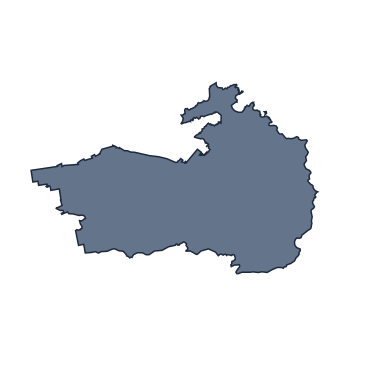 Wellington City, Wellington, New Zealand (orthographic projection), rotated 231°
{"feature_id": "76426892B25406189221199", "entity_name": "Wellington City", "entity_type": "district", "adm_level": 2, "iso_a3": "NZL", "parent_name": "New Zealand", "parent_adm1": "Wellington", "projection": "orthographic", "projection_center": [174.755, -41.253], "detail": "fine", "context": "isolated", "style": "filled", "palette": "slate", "viewbox_px": 384, "rotation_deg": 231, "n_neighbors": 0, "source": "geoboundaries", "source_scale": "gbopen_adm2", "svg_char_len": 6066}
<svg xmlns="http://www.w3.org/2000/svg" viewBox="0 0 384 384"><g transform="rotate(231 192 192)"><path d="M211.8,70.7L208.0,76.2L206.5,79.3L203.4,80.9L202.8,83.9L199.3,88.8L197.8,94.1L196.6,96.1L192.2,98.3L189.3,101.2L185.9,101.6L183.0,101.1L182.2,101.9L179.9,102.2L179.6,103.8L178.9,104.2L180.1,107.0L179.1,111.5L175.8,115.3L172.1,116.9L170.3,119.1L169.7,125.8L165.5,132.0L164.2,139.3L161.1,145.5L161.6,146.5L161.3,147.1L160.8,147.7L160.0,147.3L158.8,148.6L159.3,149.2L158.3,154.4L155.4,155.2L154.3,153.8L151.4,153.6L150.0,152.4L150.3,150.7L149.8,150.2L147.0,153.7L140.8,156.1L140.2,157.3L140.5,161.9L137.4,169.0L130.4,172.5L126.0,172.3L125.9,174.9L125.1,175.8L123.3,176.5L123.2,177.9L122.3,179.0L121.0,178.9L121.1,179.5L120.2,181.0L117.7,182.8L117.8,184.2L116.7,185.2L114.5,184.7L112.5,183.3L112.3,180.8L112.9,179.7L112.6,178.8L111.3,178.0L110.8,176.2L109.3,175.6L108.4,179.6L107.5,180.1L105.9,182.9L105.3,183.0L103.8,181.8L103.2,178.6L102.1,175.7L100.3,175.5L99.3,176.8L98.3,180.2L93.2,186.5L91.5,189.2L87.7,192.9L86.0,196.1L82.2,199.8L81.2,205.6L79.6,211.0L76.7,214.3L75.3,215.0L75.7,216.3L74.8,218.4L75.7,219.8L74.3,223.8L73.9,228.3L75.3,231.2L75.6,234.3L76.3,236.1L77.8,237.2L78.2,239.1L79.6,240.2L82.8,238.4L85.9,238.4L88.8,240.3L90.2,242.8L90.2,244.7L88.5,246.2L87.9,248.0L89.3,250.3L89.2,258.2L88.8,260.8L89.1,261.7L92.3,265.5L94.3,266.5L97.1,269.8L102.4,272.5L103.1,273.9L102.8,276.0L103.5,277.9L107.3,278.7L108.9,279.8L108.9,281.0L110.6,283.2L109.9,284.3L110.2,285.1L112.1,285.2L112.9,286.7L112.9,287.7L113.4,288.3L113.0,289.8L115.6,288.5L118.8,288.7L121.0,290.0L123.3,289.1L127.3,288.8L128.3,289.7L128.1,291.5L131.3,293.4L132.0,296.4L133.1,296.9L135.1,296.8L138.4,295.2L141.8,295.9L143.3,296.9L144.3,300.6L147.9,302.5L148.6,305.4L149.8,307.4L154.6,307.9L157.5,309.1L158.9,313.2L159.4,313.8L160.5,313.8L163.5,309.3L166.5,308.2L167.5,309.0L169.1,308.2L169.8,304.8L171.3,302.2L173.1,300.7L173.7,299.3L175.1,298.7L180.4,298.7L181.6,296.9L182.7,296.4L186.7,296.8L188.2,298.8L190.4,298.9L192.4,297.4L194.6,294.1L195.4,293.9L196.2,294.3L196.9,295.9L196.0,297.4L196.1,298.2L197.9,298.0L198.5,298.5L201.0,298.1L200.7,298.8L201.5,298.8L204.0,297.7L205.8,294.0L207.1,292.9L208.6,293.0L208.6,294.0L209.7,293.8L210.1,294.4L212.2,295.4L213.9,294.1L214.7,294.2L215.6,292.5L217.5,291.3L219.4,292.3L220.0,293.9L220.0,295.3L220.3,294.7L221.2,295.5L222.1,295.3L222.9,296.4L223.6,295.4L223.7,293.2L222.7,290.2L224.7,289.4L224.3,288.2L224.8,287.0L223.9,286.5L224.2,285.6L223.2,284.5L222.6,280.9L224.9,278.1L228.2,276.3L231.6,276.0L234.5,277.1L234.3,283.0L232.9,283.7L234.0,283.5L234.9,285.0L237.6,284.7L239.3,286.8L238.9,289.1L238.1,290.4L237.7,294.4L238.1,294.9L239.2,294.1L238.1,291.6L239.1,290.6L239.9,290.8L239.7,291.6L240.9,291.9L241.3,292.6L241.9,292.8L242.0,292.0L242.5,291.9L243.4,293.5L245.1,292.9L245.6,291.6L246.4,291.4L246.9,292.2L246.8,294.0L247.6,294.2L249.2,291.9L249.5,290.0L250.4,288.9L250.0,286.9L250.9,285.6L250.2,284.2L251.8,283.3L251.7,281.6L252.3,280.4L253.9,280.9L256.8,277.9L259.6,278.0L261.7,279.5L262.7,272.5L261.8,271.8L261.6,270.6L255.0,265.8L255.5,265.1L254.9,265.7L254.5,265.4L254.3,264.3L253.5,263.8L253.1,261.4L253.8,259.6L255.4,258.8L255.1,257.9L255.5,257.7L255.4,255.7L256.5,253.8L257.5,253.1L256.4,250.6L256.7,249.0L256.1,248.6L256.8,244.6L257.4,243.6L257.3,241.9L258.7,240.7L259.8,240.9L260.0,240.0L260.9,239.3L260.1,237.7L257.3,236.0L257.7,235.6L257.5,233.3L258.6,232.0L255.0,231.7L253.0,229.3L252.0,226.7L251.4,226.9L250.9,229.3L249.9,230.7L248.6,234.4L247.6,235.2L248.3,235.6L248.6,236.5L247.1,237.7L247.4,239.0L247.3,237.7L247.7,237.8L248.0,239.2L248.3,238.6L248.6,240.4L247.0,241.3L247.3,242.2L246.9,242.8L244.5,243.1L244.4,244.9L245.4,246.2L244.5,247.9L243.0,248.7L242.8,250.2L240.6,255.9L240.1,256.2L240.0,255.7L239.6,260.3L239.2,260.3L239.0,258.8L239.1,260.5L238.2,262.0L233.2,262.9L227.8,258.3L229.1,258.3L227.5,257.9L229.6,257.6L227.8,257.5L228.4,256.9L228.4,257.0L229.5,257.0L228.4,256.9L229.1,256.2L230.3,257.1L228.6,255.4L228.6,254.3L229.2,254.2L229.4,253.2L229.0,252.8L229.5,252.1L229.3,251.0L230.7,250.7L231.6,249.4L232.0,250.5L231.8,249.4L233.3,249.2L233.5,248.3L235.2,248.0L234.8,244.8L234.4,244.6L234.8,242.5L233.8,241.3L234.6,239.5L233.0,238.1L233.1,237.0L232.3,235.7L232.6,235.0L233.4,235.0L232.9,233.2L233.4,232.1L233.4,228.8L232.9,228.5L227.8,232.2L226.9,233.9L225.1,234.3L222.6,233.7L221.3,232.9L221.6,233.4L221.0,233.7L221.3,234.3L218.7,234.9L218.2,231.3L218.1,233.6L216.7,233.7L216.0,232.5L213.7,232.7L212.7,228.9L212.9,227.6L213.7,228.3L213.4,226.2L212.8,227.2L212.6,226.4L212.8,224.4L213.5,224.0L213.9,225.0L213.7,223.9L214.1,223.3L214.7,224.7L214.3,222.6L214.7,222.2L215.3,224.2L215.8,224.1L215.3,221.9L215.9,221.1L217.2,224.2L221.8,223.1L218.3,205.6L218.7,205.0L219.0,205.5L218.9,205.0L219.4,206.6L219.2,205.7L219.5,205.5L219.0,204.9L219.4,204.8L220.0,206.9L219.6,204.6L222.0,202.8L222.5,204.9L225.1,204.3L224.6,201.7L224.9,200.5L224.3,199.3L225.4,197.8L233.7,193.4L240.6,188.1L246.8,182.0L259.0,172.4L261.7,169.4L264.7,167.8L266.6,165.5L272.2,163.5L271.8,162.7L274.2,161.6L274.2,161.1L274.7,161.5L276.8,160.6L276.3,159.5L277.1,160.1L278.2,159.8L277.6,158.8L281.9,149.0L280.6,145.8L279.8,145.0L280.1,144.2L279.5,144.1L280.6,139.5L282.4,139.8L283.1,136.3L281.0,135.9L284.1,128.5L285.7,128.7L286.5,125.1L286.5,121.3L285.0,121.0L293.2,109.2L293.5,106.9L296.2,108.5L297.4,103.9L296.5,103.6L310.1,80.6L299.9,74.6L297.3,79.1L293.7,77.0L289.4,84.2L288.5,83.9L288.0,82.0L286.9,82.5L286.6,83.8L287.3,84.3L286.2,85.0L285.0,85.0L282.1,83.3L277.9,90.8L268.3,85.2L268.5,84.8L263.3,82.5L264.4,77.9L265.0,76.8L264.6,76.1L260.6,77.9L258.9,80.1L256.9,79.6L257.6,77.0L256.6,76.8L254.9,82.8L252.8,82.5L250.0,85.6L244.8,89.5L243.5,91.6L241.8,93.1L239.6,93.1L238.5,92.5L238.9,91.2L238.7,90.1L239.2,87.7L240.6,86.6L237.6,85.2L234.6,84.8L233.0,83.6L233.4,82.6L232.9,82.1L233.0,81.3L233.5,81.0L233.8,79.6L235.2,78.8L235.2,77.2L221.9,70.2L219.5,74.9L211.8,70.7ZM208.9,298.7L207.1,298.7L206.7,299.7L207.8,300.3L208.9,298.7ZM206.2,298.9L207.0,298.6L206.2,297.5L206.2,298.9Z" fill="#64748b" stroke="#1e293b" stroke-width="1.5"/></g></svg>